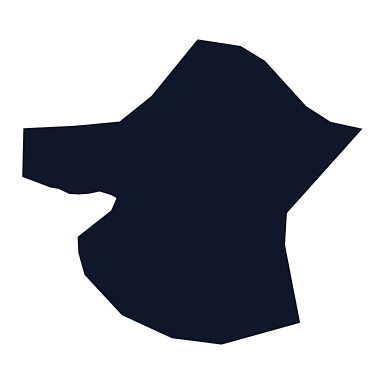 outline of Gornja Radgona
{"feature_id": "SVN-927", "entity_name": "Gornja Radgona", "entity_type": "Municipality", "adm_level": 1, "iso_a3": "SVN", "parent_name": "Slovenia", "parent_adm1": "", "projection": "natural_earth1", "projection_center": [15.951, 46.64], "detail": "fine", "context": "isolated", "style": "filled", "palette": "ink", "viewbox_px": 384, "rotation_deg": 0, "n_neighbors": 0, "source": "natural_earth", "source_scale": "10m", "svg_char_len": 487}
<svg xmlns="http://www.w3.org/2000/svg" viewBox="0 0 384 384"><path d="M197.9,40.2L240.5,46.8L264.6,61.5L305.6,106.7L305.9,106.9L330.4,122.6L361.0,129.2L286.2,212.7L284.2,244.7L299.2,322.2L221.4,343.8L172.2,337.5L122.4,314.6L85.2,274.4L79.1,252.7L78.4,237.2L111.8,210.9L117.6,197.6L110.8,194.1L99.5,190.7L89.6,192.9L78.4,193.7L69.5,193.2L58.8,188.1L50.7,186.8L23.0,176.3L24.1,129.0L74.0,126.6L119.9,122.3L152.1,96.4L197.9,40.2Z" fill="#0f172a" stroke="#020617" stroke-width="1.5"/></svg>